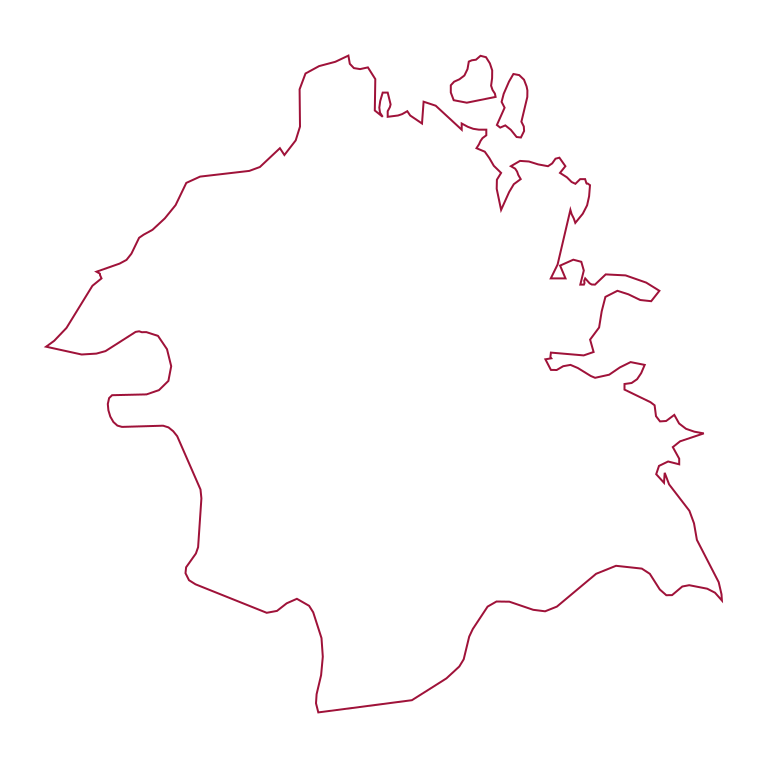 an SVG outline of Olbia-Tempio
{"feature_id": "ITA-5375", "entity_name": "Olbia-Tempio", "entity_type": "Province", "adm_level": 1, "iso_a3": "ITA", "parent_name": "Italy", "parent_adm1": "", "projection": "natural_earth1", "projection_center": [9.374, 40.9], "detail": "fine", "context": "isolated", "style": "outline", "palette": "rose", "viewbox_px": 768, "rotation_deg": 0, "n_neighbors": 0, "source": "natural_earth", "source_scale": "10m", "svg_char_len": 3536}
<svg xmlns="http://www.w3.org/2000/svg" viewBox="0 0 768 768"><path d="M46.1,346.7L54.2,340.8L66.5,327.9L92.4,285.8L101.5,278.4L100.0,275.0L100.0,273.9L99.5,273.4L96.5,271.7L119.6,263.6L126.5,259.9L131.4,253.7L139.1,237.8L143.6,234.7L152.5,229.8L164.8,218.4L175.6,205.1L186.3,182.9L200.1,176.6L249.3,170.9L259.9,167.0L279.9,148.2L284.4,155.0L295.7,140.4L300.0,126.6L299.6,89.3L305.5,73.5L319.1,66.1L335.3,61.8L348.4,55.6L349.8,63.8L353.9,68.1L360.1,69.1L367.9,67.4L375.3,79.1L374.8,110.5L382.7,116.8L380.0,112.7L379.3,107.6L380.2,101.1L382.7,92.6L387.7,92.6L390.6,104.4L389.9,107.1L387.7,111.2L387.7,116.8L398.0,115.5L402.2,114.1L407.3,111.2L410.2,115.5L422.0,123.5L423.6,101.7L435.7,105.7L461.7,129.7L461.7,123.5L467.8,126.8L473.2,128.8L479.1,129.7L486.3,129.7L486.3,135.3L482.5,138.1L480.5,141.0L479.0,144.3L476.5,148.2L484.8,151.7L489.4,158.2L493.8,165.8L501.1,172.9L496.9,179.7L496.7,188.8L501.1,209.9L509.2,191.9L513.8,184.2L520.7,179.1L518.3,175.0L517.1,171.6L515.2,168.7L510.9,166.2L520.0,160.9L528.9,161.5L538.2,164.4L548.0,166.2L552.2,163.4L555.5,158.7L559.4,157.7L565.4,166.2L560.0,172.9L566.9,177.3L571.6,182.0L575.4,183.8L580.2,179.1L585.1,179.1L586.3,183.0L586.7,183.6L587.6,183.5L590.0,185.2L589.1,196.3L587.1,205.3L582.8,213.7L575.3,222.9L573.8,218.5L571.6,214.1L570.4,209.9L557.6,264.5L550.8,278.4L565.5,278.4L560.1,265.6L573.3,259.7L581.3,261.8L583.8,270.5L580.3,284.6L583.9,284.6L584.5,283.1L584.2,280.8L585.2,278.4L589.6,283.3L591.7,284.5L595.0,284.6L605.7,274.4L625.6,275.4L646.2,282.6L659.4,290.8L651.2,301.2L640.2,300.0L628.4,294.3L617.4,290.8L605.4,296.9L601.7,311.3L599.1,327.5L590.1,339.6L593.6,352.0L583.7,355.4L550.9,352.6L550.4,357.0L551.3,358.3L545.4,359.3L550.9,369.9L556.7,370.0L563.2,366.2L570.5,364.9L577.8,368.0L590.8,376.0L595.1,377.8L609.2,374.7L619.9,367.4L630.6,362.1L644.7,364.9L641.2,373.1L637.1,379.2L631.6,383.0L624.5,384.0L624.5,389.6L650.5,402.2L654.6,405.3L656.0,416.2L660.0,421.4L666.1,421.0L674.3,414.9L679.1,423.5L686.0,428.8L694.4,431.7L703.8,433.4L680.1,441.3L672.8,447.1L679.2,458.7L679.2,464.3L668.1,461.5L659.0,465.9L656.2,474.2L664.0,482.8L664.7,472.8L669.1,484.4L689.4,510.8L694.0,523.3L696.9,539.9L718.7,582.2L721.5,594.3L721.9,600.5L715.0,592.7L707.2,588.7L689.2,585.2L682.3,586.5L672.1,595.1L666.3,595.2L659.8,589.5L649.8,573.8L641.8,568.6L616.0,565.8L596.1,573.8L556.9,606.6L545.1,611.3L533.2,609.8L509.4,601.7L496.5,601.5L487.6,606.6L472.8,629.0L469.2,636.6L463.7,659.3L459.3,666.5L446.4,678.4L411.9,700.2L318.3,712.4L316.0,703.3L316.6,694.2L321.1,675.2L322.8,656.7L321.5,638.1L313.2,612.3L309.1,605.8L296.9,598.8L286.7,603.3L277.0,610.9L266.7,612.8L195.5,584.3L189.0,580.2L185.5,573.2L186.1,567.3L195.9,553.5L198.1,547.2L201.4,498.4L200.5,489.5L177.2,436.2L173.2,431.2L168.5,427.4L163.1,425.7L122.0,426.9L117.4,425.6L113.4,422.0L110.3,416.6L108.4,410.3L107.8,404.0L109.1,398.1L112.1,395.2L146.5,394.4L159.0,390.1L168.4,380.9L171.2,366.2L167.0,349.2L158.0,335.9L146.3,332.1L141.8,332.2L139.1,331.3L135.6,331.9L105.5,351.1L96.4,353.6L81.6,354.5L46.1,346.7ZM492.5,89.9L494.9,93.6L495.6,96.9L466.8,102.7L453.7,100.2L450.8,92.5L450.8,85.3L454.1,81.7L459.4,79.3L464.4,75.5L467.5,69.1L468.8,61.6L471.8,60.3L476.0,59.7L480.5,55.8L486.0,57.2L489.9,63.4L492.2,70.4L492.1,78.1L491.1,85.7L492.5,89.9ZM524.0,79.7L526.6,86.5L527.4,90.4L527.3,97.0L521.4,121.7L523.8,126.5L524.1,131.0L520.9,137.5L516.6,137.0L510.8,129.8L505.3,125.4L500.2,127.6L496.9,125.0L504.6,107.7L501.6,101.9L503.7,93.8L509.0,81.6L513.4,74.0L519.2,75.1L524.0,79.7Z" fill="none" stroke="#9f1239" stroke-width="2"/></svg>